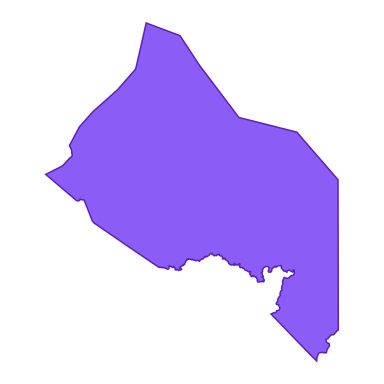 Dulce Nombre de Culmi, Olancho, Honduras
{"feature_id": "27666195B72562154839723", "entity_name": "Dulce Nombre de Culmi", "entity_type": "district", "adm_level": 2, "iso_a3": "HND", "parent_name": "Honduras", "parent_adm1": "Olancho", "projection": "orthographic", "projection_center": [-85.246, 15.042], "detail": "fine", "context": "isolated", "style": "filled", "palette": "violet", "viewbox_px": 384, "rotation_deg": 0, "n_neighbors": 0, "source": "geoboundaries", "source_scale": "gbopen_adm2", "svg_char_len": 5961}
<svg xmlns="http://www.w3.org/2000/svg" viewBox="0 0 384 384"><path d="M146.2,23.0L136.5,65.5L135.6,69.1L117.5,89.8L92.9,111.7L79.4,126.9L69.4,145.7L70.0,146.5L70.7,148.0L71.4,149.7L71.8,151.8L71.8,153.5L72.2,154.2L72.2,154.6L72.3,155.2L72.2,155.6L71.8,156.2L71.1,156.9L70.6,157.7L69.6,158.2L62.5,165.9L45.7,174.4L76.8,200.8L77.1,200.8L78.3,200.9L78.7,200.9L79.2,200.4L79.7,200.2L79.9,199.3L80.0,199.1L81.9,199.8L83.5,199.9L84.2,200.2L88.1,210.1L92.3,221.0L93.9,222.9L128.5,246.7L158.7,267.2L159.2,267.0L159.7,267.3L160.5,267.4L161.1,267.3L162.0,267.5L162.4,267.4L162.7,267.8L162.9,267.8L163.7,267.7L164.5,267.8L165.1,268.1L165.9,268.4L166.6,268.8L167.5,269.1L168.1,269.2L168.5,268.9L168.9,268.4L169.0,267.4L168.9,266.4L169.1,265.8L169.4,265.7L170.2,266.3L171.4,266.7L172.0,267.2L172.4,267.3L172.9,267.3L172.8,266.9L173.0,266.6L173.3,266.6L173.6,266.7L174.6,267.6L175.0,268.6L175.2,269.6L175.4,269.9L176.4,269.9L176.9,269.4L177.2,269.3L177.6,269.5L178.4,270.5L178.7,270.4L179.2,270.0L179.7,270.1L180.1,270.1L180.3,270.0L180.4,269.5L181.2,269.7L181.5,269.6L181.6,269.3L181.5,269.0L180.9,268.7L180.7,268.1L180.0,268.1L179.8,267.9L180.0,267.7L180.5,267.7L180.3,267.2L180.2,266.9L181.0,266.7L181.4,266.1L181.6,265.9L182.2,265.8L183.2,265.6L183.0,264.9L183.3,264.6L183.8,264.5L184.4,264.5L184.6,264.4L184.7,264.2L184.7,263.4L185.0,263.0L185.3,262.1L185.9,261.6L185.8,260.9L186.3,260.2L187.1,260.0L187.3,259.2L187.6,258.8L187.9,258.7L188.2,258.8L188.2,259.3L188.3,259.4L188.5,259.4L189.0,259.0L189.3,259.1L190.8,259.3L191.7,259.8L191.9,259.7L192.5,259.2L192.7,259.3L193.2,259.9L193.4,260.1L194.5,260.0L195.5,260.6L196.5,260.7L197.7,260.3L198.4,260.7L199.2,261.2L199.5,261.2L199.9,260.3L200.9,259.7L201.5,259.0L202.7,258.9L203.3,258.7L204.2,257.6L204.8,256.6L205.1,256.3L205.3,256.2L205.4,256.3L205.8,257.0L206.6,256.9L206.9,256.7L207.1,256.4L207.7,256.0L208.4,255.8L208.7,255.6L209.4,254.9L210.4,253.7L210.8,253.4L211.2,253.3L211.8,253.5L212.0,254.4L212.5,254.7L213.6,255.0L214.0,255.8L215.3,255.5L215.7,255.5L216.5,255.6L216.9,254.8L217.1,254.7L217.3,254.7L217.7,254.8L218.1,254.8L218.3,254.6L218.5,254.3L218.6,254.2L219.3,254.3L219.4,254.5L219.5,255.2L220.0,255.7L220.5,256.0L221.6,256.1L222.0,256.3L222.1,256.5L222.4,256.9L222.6,257.3L222.6,257.7L222.4,258.4L222.4,258.6L222.6,258.8L222.8,258.9L223.5,258.9L223.9,258.4L224.1,258.3L224.9,258.3L225.2,258.5L225.3,258.7L225.1,259.3L225.2,259.6L227.1,260.8L228.2,261.4L228.3,261.6L228.4,262.7L228.8,263.4L229.9,264.5L230.4,264.8L230.8,264.9L231.7,264.9L231.9,264.9L232.1,264.7L232.8,264.6L233.2,264.7L233.8,265.2L234.1,265.3L234.2,265.0L234.3,263.8L234.4,263.5L234.6,263.4L235.0,263.6L235.3,264.5L235.5,264.7L235.6,264.8L236.2,264.8L237.0,265.1L238.0,264.6L239.2,263.8L239.5,263.7L239.7,263.8L239.9,264.1L239.9,264.6L239.7,264.9L239.2,265.5L239.7,266.6L239.9,267.2L240.3,267.5L240.6,267.6L241.1,267.5L241.5,267.5L242.1,267.4L242.4,267.4L243.0,268.3L243.7,268.5L244.3,269.0L245.0,270.0L245.9,270.5L247.2,270.7L247.7,271.1L248.1,271.6L248.5,271.8L249.1,271.9L250.1,271.5L250.5,271.5L250.6,271.8L250.4,272.6L250.1,273.0L249.7,273.4L249.7,273.6L251.0,276.2L251.4,276.6L251.6,276.6L252.3,275.8L252.5,275.6L252.8,275.7L253.4,276.6L253.6,276.6L254.0,276.3L254.4,276.3L254.9,276.5L255.3,277.2L256.2,277.2L256.6,277.7L256.7,278.5L257.2,279.0L257.4,279.3L257.4,279.7L257.2,280.7L257.7,281.6L258.0,282.1L259.0,281.8L261.7,281.7L262.1,281.5L262.5,281.2L262.8,281.1L263.1,281.2L263.4,281.8L263.6,281.8L263.8,281.5L264.2,280.5L264.2,280.2L264.2,279.8L263.5,278.8L263.2,278.2L262.3,277.3L262.2,277.1L262.2,276.9L262.4,276.8L263.3,276.7L263.3,276.4L262.3,274.7L262.1,273.2L261.5,272.7L262.2,272.2L262.5,271.6L262.6,270.8L262.4,270.1L262.4,269.8L262.5,269.5L263.0,269.0L263.4,268.0L263.8,267.6L264.7,267.3L265.5,266.6L267.2,266.4L267.8,266.4L268.9,267.5L269.2,267.8L269.3,268.0L269.3,268.3L268.5,269.8L268.5,270.3L268.2,271.1L268.3,271.4L268.5,271.9L268.9,272.1L270.2,272.2L270.8,271.9L271.4,271.6L271.5,271.3L271.7,270.7L272.0,268.5L272.2,268.3L273.0,268.0L273.5,267.7L274.4,266.8L274.9,266.4L275.1,266.3L275.3,266.4L275.8,267.1L276.2,267.1L276.6,267.0L277.5,266.1L278.7,265.9L279.6,265.6L281.2,265.5L281.4,265.6L281.5,265.8L281.5,266.1L281.2,267.3L281.2,267.8L282.3,269.2L282.9,269.7L283.5,270.8L283.8,271.0L284.1,271.1L285.6,271.2L285.9,271.5L286.9,272.2L287.0,272.2L287.0,271.6L287.2,270.9L288.6,270.2L288.8,270.1L289.5,270.3L291.9,271.7L292.5,271.9L292.8,272.0L293.0,271.8L293.1,271.4L293.2,270.9L293.2,270.4L293.2,270.1L293.6,270.0L293.9,270.0L294.1,270.4L294.4,272.7L294.2,273.7L293.4,275.0L292.9,275.3L291.9,275.5L291.4,275.8L290.4,276.0L289.6,277.3L289.3,277.5L288.9,277.8L288.3,277.9L287.4,278.4L286.9,278.4L286.4,278.3L286.0,278.2L285.2,277.6L284.7,277.4L284.3,277.5L284.0,277.8L283.8,278.3L283.5,278.7L283.0,279.8L282.5,281.2L282.7,282.7L282.7,284.3L282.3,285.0L281.9,286.5L281.8,287.7L281.6,288.6L281.9,289.7L281.9,290.1L281.7,290.4L280.8,291.1L280.7,291.3L280.2,292.7L280.0,293.4L280.0,293.9L280.3,295.1L280.3,295.4L279.3,296.5L278.9,297.3L278.1,298.4L277.9,299.1L277.7,300.5L276.9,302.3L276.4,303.0L276.2,303.6L276.3,304.0L276.6,304.4L277.2,304.6L278.4,304.7L278.6,304.9L279.1,306.4L279.5,307.0L279.8,307.7L279.7,308.8L279.5,309.3L279.1,309.9L278.6,310.3L278.3,310.4L277.0,310.6L276.7,310.8L276.4,311.2L276.2,312.0L275.3,312.7L275.1,312.8L273.4,312.8L272.2,313.5L271.0,314.0L310.4,354.8L316.7,361.0L316.9,359.1L316.8,357.8L317.8,355.5L317.9,354.7L318.7,353.3L319.0,353.0L319.6,352.8L321.6,352.4L324.7,352.9L325.7,352.8L326.3,352.7L326.5,352.4L326.6,352.0L326.9,349.8L329.4,346.0L329.5,345.6L329.5,345.0L329.2,343.8L329.0,343.5L328.8,343.3L326.9,342.5L326.3,341.9L326.2,341.4L326.1,340.9L325.9,340.1L325.9,339.8L326.0,339.5L326.6,339.0L327.5,338.9L327.8,338.7L329.7,336.4L331.1,335.1L332.1,334.7L333.2,334.8L333.7,334.6L336.2,331.8L337.5,330.5L337.9,330.1L338.3,330.1L338.2,282.4L338.0,179.7L301.8,138.0L297.0,132.2L238.9,117.5L199.7,65.6L180.0,35.7L146.2,23.0Z" fill="#8b5cf6" stroke="#5b21b6" stroke-width="1.5"/></svg>